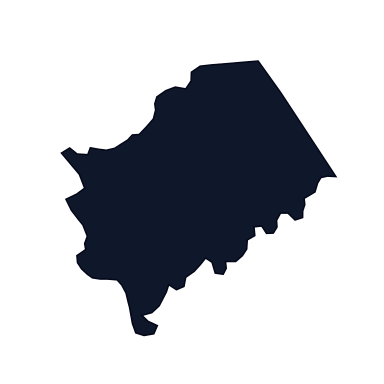 Serra Alta, Santa Catarina, Brazil, rotated 62°
{"feature_id": "56859067B85443847407592", "entity_name": "Serra Alta", "entity_type": "district", "adm_level": 2, "iso_a3": "BRA", "parent_name": "Brazil", "parent_adm1": "Santa Catarina", "projection": "albers", "projection_center": [-53.016, -26.695], "detail": "fine", "context": "isolated", "style": "filled", "palette": "ink", "viewbox_px": 384, "rotation_deg": 62, "n_neighbors": 0, "source": "geoboundaries", "source_scale": "gbopen_adm2", "svg_char_len": 1301}
<svg xmlns="http://www.w3.org/2000/svg" viewBox="0 0 384 384"><g transform="rotate(62 192 192)"><path d="M96.3,289.0L123.6,283.2L138.2,285.0L139.7,294.8L139.2,306.7L151.5,307.1L162.8,305.2L169.9,303.8L181.9,305.2L187.1,311.0L192.9,312.9L194.1,323.5L200.7,326.3L208.1,325.6L215.6,323.0L221.1,320.2L225.7,314.0L229.2,307.5L234.4,299.4L241.2,297.7L250.3,297.7L258.6,299.9L264.5,301.3L271.3,303.5L280.3,306.4L290.0,307.8L296.2,301.7L299.3,292.3L293.7,285.3L285.6,291.5L277.4,294.1L279.7,284.2L277.1,274.4L272.0,267.0L268.1,261.4L262.9,256.1L271.0,251.6L271.6,243.4L264.4,237.6L263.1,227.3L259.9,218.4L256.7,211.0L263.5,207.3L274.5,209.6L279.3,203.1L275.5,197.6L269.1,195.0L273.9,186.0L271.9,177.4L268.1,170.5L260.3,165.7L260.0,157.0L251.9,153.6L254.8,146.4L263.5,145.7L266.5,139.5L262.9,133.4L256.7,130.6L252.2,123.7L255.7,117.2L265.1,114.2L266.5,106.3L260.7,103.1L256.1,98.3L250.3,96.0L249.7,83.4L243.1,76.9L239.8,71.4L241.6,64.9L246.0,57.7L145.9,67.0L107.4,72.1L88.8,115.4L84.7,125.8L85.9,136.3L93.5,140.7L98.0,149.1L91.5,157.5L90.2,167.5L91.5,178.4L96.7,183.5L102.6,185.7L109.3,191.8L113.2,202.0L116.4,211.7L113.6,217.9L115.9,224.4L116.4,231.4L117.1,239.7L114.9,248.0L110.1,254.8L105.2,261.0L110.1,266.5L104.5,275.6L95.7,279.3L96.3,289.0Z" fill="#0f172a" stroke="#020617" stroke-width="1.5"/></g></svg>